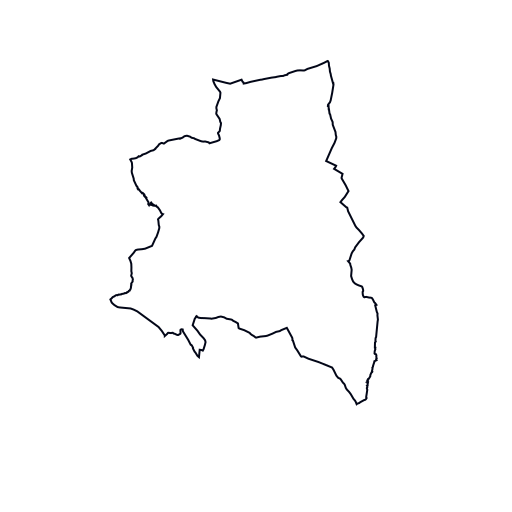 outline of Marpod, Sibiu, Romania, rotated 244°
{"feature_id": "2599482B66590009408064", "entity_name": "Marpod", "entity_type": "district", "adm_level": 2, "iso_a3": "ROU", "parent_name": "Romania", "parent_adm1": "Sibiu", "projection": "albers", "projection_center": [24.514, 45.875], "detail": "fine", "context": "isolated", "style": "outline", "palette": "ink", "viewbox_px": 512, "rotation_deg": 244, "n_neighbors": 0, "source": "geoboundaries", "source_scale": "gbopen_adm2", "svg_char_len": 6095}
<svg xmlns="http://www.w3.org/2000/svg" viewBox="0 0 512 512"><g transform="rotate(244 256 256)"><path d="M399.6,406.1L399.9,405.8L399.8,401.9L400.1,393.7L401.6,384.3L401.5,381.2L401.7,380.4L403.6,376.9L404.6,374.5L405.0,372.6L405.9,365.9L405.8,364.2L405.2,363.6L405.9,360.8L405.9,359.5L407.0,356.8L407.9,353.5L408.2,352.0L409.5,348.2L411.5,340.8L412.0,338.5L412.5,337.2L414.9,327.5L415.7,322.9L416.4,320.5L417.5,320.8L418.6,320.3L420.8,320.3L422.2,308.3L424.7,305.1L433.4,294.8L431.9,294.3L428.7,294.1L425.4,294.3L419.4,295.7L418.3,295.6L413.7,292.8L411.5,290.0L407.3,285.7L406.0,285.1L404.1,284.7L402.8,283.6L401.4,282.7L400.8,282.6L395.1,283.4L392.2,282.7L390.8,282.8L389.0,281.7L386.1,279.4L384.6,278.5L384.1,278.0L383.5,276.2L383.3,275.8L382.7,275.6L380.5,275.6L377.7,275.0L376.7,274.5L376.3,273.8L376.4,271.1L377.7,263.6L378.9,263.3L379.2,262.9L381.3,260.4L381.7,259.2L382.7,257.6L383.8,256.4L388.0,252.5L388.9,252.0L390.6,249.9L392.1,249.1L394.0,247.1L394.4,246.6L394.9,244.8L395.0,244.1L394.6,241.9L394.7,239.7L394.9,239.8L395.1,239.3L395.2,238.5L395.5,237.9L398.0,228.4L398.2,227.1L397.4,222.5L398.7,221.2L399.1,220.5L398.9,217.9L398.0,216.4L396.5,212.2L396.3,212.2L396.0,210.2L396.6,207.4L396.4,202.0L396.9,198.2L396.7,198.1L396.6,197.9L396.4,195.3L396.5,194.9L397.1,194.3L396.6,192.8L396.6,190.9L397.1,189.0L397.9,186.8L397.9,185.3L394.8,185.4L393.8,185.2L389.7,183.5L386.9,181.5L385.2,180.9L379.2,180.0L377.6,179.4L371.4,179.3L370.7,179.4L370.5,179.7L370.2,179.7L369.1,179.6L368.5,179.1L367.5,179.3L367.5,179.8L367.2,180.0L365.6,180.2L362.3,181.1L362.4,181.8L360.3,182.6L359.5,182.5L359.7,181.9L359.2,181.8L357.7,182.2L357.2,182.9L356.6,183.1L356.4,183.1L356.3,182.9L356.5,182.7L356.3,182.5L351.3,182.9L350.5,182.6L350.0,181.9L348.7,182.1L349.0,182.4L349.0,183.2L348.5,183.3L347.4,184.9L346.4,185.6L346.1,186.1L346.5,186.2L347.6,185.6L348.3,184.8L350.0,185.1L350.0,185.3L349.1,185.3L348.1,185.7L345.3,187.4L345.0,188.4L344.1,188.3L343.0,188.9L342.8,189.1L339.1,189.7L336.1,189.7L334.9,190.2L334.4,190.7L333.4,188.5L332.3,184.7L331.9,184.0L330.5,183.7L326.5,182.2L324.5,181.9L323.2,181.1L320.2,178.4L316.8,174.9L315.9,173.3L310.7,167.0L311.2,159.5L312.1,156.5L313.6,152.6L314.0,150.8L313.8,149.8L312.5,147.5L309.8,141.1L306.6,141.0L303.7,140.5L300.3,139.0L297.0,137.3L295.0,136.8L292.9,135.1L291.3,135.2L290.7,135.4L289.0,135.1L288.0,134.3L287.1,133.9L286.1,132.0L285.6,131.5L284.7,131.4L284.4,130.9L283.8,130.7L283.5,130.3L282.3,129.7L281.0,128.4L280.8,127.8L280.3,127.4L280.4,126.4L279.8,125.6L280.0,124.2L279.6,123.8L279.6,123.0L280.1,122.1L280.0,121.8L280.2,121.4L280.1,121.0L280.4,119.6L280.7,119.0L280.6,117.9L280.9,117.5L280.9,117.1L281.2,116.5L281.2,116.1L281.6,115.5L281.4,114.4L281.8,114.0L282.1,113.0L282.0,111.8L281.8,111.2L281.9,110.7L281.8,110.3L281.9,109.5L281.6,108.4L281.3,108.0L280.8,106.1L277.5,105.9L276.4,106.2L274.0,107.2L270.8,109.2L269.6,110.8L263.8,120.3L261.5,122.5L258.3,125.0L234.9,137.3L229.9,138.5L224.5,139.2L224.1,139.0L224.9,141.9L225.3,142.7L225.5,143.2L225.4,143.6L224.4,145.1L223.9,146.0L223.7,147.1L223.4,147.6L222.5,147.9L221.8,148.8L219.9,150.3L219.3,151.0L219.1,151.5L219.3,153.9L219.8,154.4L222.0,155.3L222.8,155.9L222.8,156.9L222.1,157.9L220.4,157.3L210.3,158.3L204.8,158.4L204.4,158.9L203.8,159.1L201.1,159.2L200.6,158.8L196.8,158.9L196.0,159.2L192.0,159.6L190.1,160.4L196.4,164.3L195.2,166.0L194.3,166.7L195.2,168.0L198.6,171.2L200.7,172.9L202.5,173.3L205.0,172.9L210.0,171.3L214.5,170.6L221.5,168.7L226.6,173.6L227.0,174.6L227.9,175.6L228.0,176.3L226.9,176.5L225.7,177.4L224.5,179.1L222.5,182.9L219.7,187.8L219.2,188.3L217.9,192.8L217.7,195.4L217.0,197.9L214.8,200.5L212.5,202.1L209.9,205.7L209.1,206.5L207.7,207.1L205.7,208.7L203.3,210.2L198.9,208.8L198.1,209.2L194.5,212.9L189.7,216.6L188.4,216.9L186.8,217.7L185.1,218.9L183.0,219.9L182.6,220.3L181.7,224.4L179.8,229.6L179.4,231.3L179.0,236.8L179.0,240.8L178.1,244.4L178.3,246.3L177.9,252.2L166.7,252.7L165.5,252.4L164.3,251.8L163.7,252.1L156.6,251.1L153.2,251.7L146.2,252.4L145.6,252.7L145.3,253.8L144.8,254.8L140.7,258.1L133.4,265.6L122.4,275.5L119.7,275.8L113.2,275.8L110.4,276.5L108.9,277.8L108.0,278.1L104.1,278.6L102.5,279.2L101.2,279.3L98.1,278.9L96.2,279.1L93.0,280.1L90.3,280.6L84.9,281.0L82.6,281.6L81.2,281.7L78.7,281.5L78.9,282.3L78.6,284.3L78.9,285.6L79.1,289.9L78.9,291.2L79.1,291.9L79.7,293.0L80.1,293.2L80.8,293.1L87.0,297.4L88.2,297.5L88.9,297.9L89.0,298.3L90.2,299.0L90.8,298.9L91.0,299.8L92.5,300.3L92.9,301.1L93.4,301.2L94.1,300.5L94.5,301.9L94.9,301.9L95.4,301.6L96.3,302.8L96.1,303.3L97.7,305.9L99.0,306.7L100.5,308.5L100.7,309.4L101.0,309.8L101.5,309.6L103.6,311.3L104.6,311.6L105.2,312.6L105.9,313.0L108.9,315.9L109.5,316.2L109.5,318.6L110.2,318.5L110.8,318.9L110.9,319.5L112.6,319.9L113.8,320.6L115.0,320.8L115.9,319.9L116.4,319.8L118.5,321.0L119.8,322.3L120.1,322.3L121.3,323.1L121.6,322.7L126.2,325.1L126.6,326.1L127.7,326.3L129.8,327.5L130.5,328.4L143.7,336.5L145.4,337.7L149.4,339.1L151.0,340.0L152.9,340.1L159.4,341.5L159.3,342.8L161.6,342.4L162.4,342.0L165.8,342.0L167.5,341.7L168.3,340.8L169.0,339.5L170.9,337.2L171.0,336.7L171.3,336.1L171.4,335.3L172.1,334.9L173.6,334.9L174.9,335.2L177.0,336.1L177.5,336.9L178.0,337.2L179.3,337.6L181.5,337.9L182.3,337.7L184.6,335.4L186.4,333.9L188.1,332.8L190.4,332.1L193.1,332.2L196.3,332.7L201.6,335.9L203.7,336.5L206.8,336.9L207.9,337.3L211.0,336.5L210.9,337.2L211.0,337.7L211.4,338.3L216.4,343.1L217.8,345.1L218.7,347.2L220.3,348.9L223.3,354.7L225.6,360.4L226.8,361.6L229.7,361.1L234.3,359.9L237.5,358.8L239.6,358.5L255.9,358.4L259.5,359.2L260.3,358.5L267.4,355.5L268.6,357.9L270.1,361.6L273.8,367.6L280.2,367.6L288.2,367.0L288.8,367.2L291.9,369.8L300.1,364.4L301.3,366.8L302.0,367.6L310.6,360.7L319.8,371.5L323.2,376.1L326.5,379.6L327.8,380.4L329.9,380.8L332.6,381.8L340.3,382.5L342.8,383.6L346.6,383.7L350.8,384.7L351.7,384.5L355.9,385.9L356.0,385.7L359.3,387.1L358.5,385.9L360.3,387.0L361.1,388.4L361.6,389.7L363.1,391.3L369.1,395.9L376.1,400.8L377.3,401.2L377.3,400.9L385.3,402.4L386.8,402.9L389.3,403.3L392.2,404.4L395.0,405.0L397.7,406.1L399.6,406.1Z" fill="none" stroke="#020617" stroke-width="2"/></g></svg>